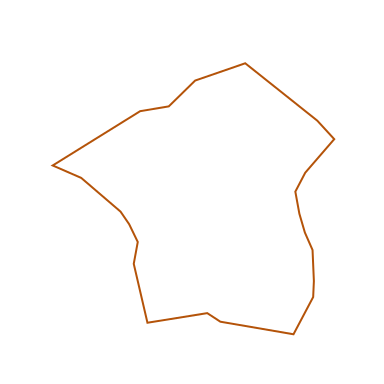 the border of Murska Sobota, rotated 193°
{"feature_id": "SVN-1045", "entity_name": "Murska Sobota", "entity_type": "Statistical Region", "adm_level": 1, "iso_a3": "SVN", "parent_name": "Slovenia", "parent_adm1": "", "projection": "mercator", "projection_center": [16.156, 46.652], "detail": "fine", "context": "isolated", "style": "outline", "palette": "amber", "viewbox_px": 384, "rotation_deg": 193, "n_neighbors": 0, "source": "natural_earth", "source_scale": "10m", "svg_char_len": 439}
<svg xmlns="http://www.w3.org/2000/svg" viewBox="0 0 384 384"><g transform="rotate(193 192 192)"><path d="M149.9,77.4L206.0,54.6L232.6,108.9L233.6,131.1L246.0,146.5L257.2,156.8L303.1,180.8L333.7,186.5L260.7,259.1L233.9,270.2L214.0,301.3L169.1,329.4L86.0,289.7L65.3,275.5L86.0,236.3L91.4,215.6L82.5,195.0L72.9,177.9L61.5,162.6L53.2,132.6L50.3,116.9L61.1,76.2L135.2,72.0L149.9,77.4Z" fill="none" stroke="#b45309" stroke-width="2"/></g></svg>